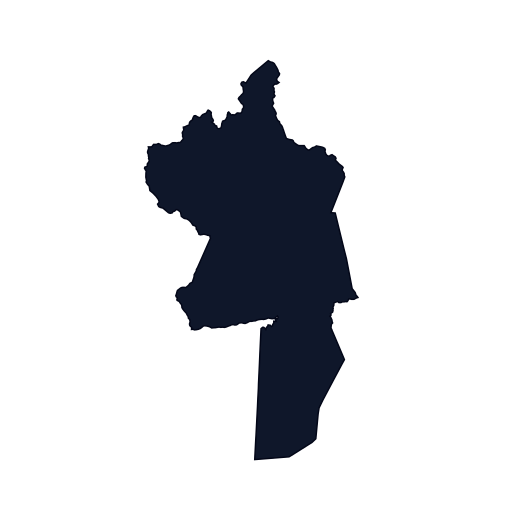 Codó, Maranhão, Brazil, rotated 123°
{"feature_id": "56859067B76723264051142", "entity_name": "Codó", "entity_type": "district", "adm_level": 2, "iso_a3": "BRA", "parent_name": "Brazil", "parent_adm1": "Maranhão", "projection": "mercator", "projection_center": [-43.953, -4.619], "detail": "fine", "context": "isolated", "style": "filled", "palette": "ink", "viewbox_px": 512, "rotation_deg": 123, "n_neighbors": 0, "source": "geoboundaries", "source_scale": "gbopen_adm2", "svg_char_len": 6046}
<svg xmlns="http://www.w3.org/2000/svg" viewBox="0 0 512 512"><g transform="rotate(123 256 256)"><path d="M406.4,118.9L402.0,116.8L387.0,109.9L381.8,107.5L376.7,106.3L354.4,118.0L349.0,120.4L340.1,121.5L318.9,123.4L299.1,125.1L294.8,125.4L294.0,126.5L277.8,150.5L277.1,151.6L276.4,152.4L275.7,153.8L273.5,155.0L271.9,155.6L270.4,155.3L269.7,156.3L268.2,157.6L267.4,158.9L266.6,160.1L266.3,161.2L264.6,160.9L263.7,162.1L261.4,161.2L259.8,161.7L258.9,162.4L257.9,162.7L257.0,163.7L255.2,163.8L254.1,164.4L253.0,165.1L251.5,164.2L249.7,162.8L249.9,161.1L248.8,159.4L247.4,158.6L246.6,157.3L245.4,156.0L244.8,154.8L243.7,154.6L242.6,154.7L241.1,154.6L240.3,152.3L238.9,150.2L237.9,149.7L236.3,148.8L235.3,147.9L234.7,149.2L234.6,150.2L234.1,151.2L233.2,152.2L232.6,153.0L232.1,154.4L231.4,156.4L231.1,157.5L219.0,169.1L209.0,178.7L201.6,186.7L187.1,202.1L176.8,213.0L178.9,216.8L152.3,222.2L146.5,223.4L141.3,224.6L140.3,226.0L138.8,227.0L138.0,228.4L137.6,229.7L136.8,230.7L134.3,231.2L133.9,232.3L133.6,236.5L133.0,238.7L132.6,240.7L132.3,241.7L130.5,242.1L129.7,243.5L129.7,246.0L129.6,247.4L131.0,248.5L132.3,248.8L132.8,249.7L133.0,251.4L132.4,253.0L130.6,255.3L129.2,255.7L128.3,257.0L128.5,259.2L129.0,260.7L130.8,265.3L132.8,266.2L134.3,267.6L135.9,268.2L137.8,268.9L138.6,269.6L138.7,271.3L138.4,273.1L137.6,274.7L137.2,275.7L138.9,278.4L139.9,279.9L140.3,281.1L140.3,282.3L140.2,284.6L140.2,286.0L139.1,287.5L138.9,288.7L140.2,291.8L140.9,294.5L140.1,295.6L138.9,297.2L137.2,299.4L136.4,300.4L135.3,301.7L134.7,302.6L133.7,303.8L132.8,305.2L132.4,306.5L132.2,307.6L131.6,308.6L130.6,309.5L130.5,311.5L129.9,312.8L129.1,314.1L127.6,316.2L125.8,316.5L124.7,317.6L124.3,318.8L123.5,319.6L121.5,324.2L118.3,324.4L117.4,325.7L116.3,326.9L114.3,328.1L113.3,327.3L111.3,327.3L110.8,328.5L110.2,329.3L108.3,329.9L107.5,331.0L106.7,331.5L105.5,332.2L105.1,333.3L104.7,334.3L102.8,334.2L101.6,333.9L100.8,332.6L99.7,331.8L97.9,331.2L97.9,333.1L97.1,334.6L95.6,335.3L91.4,335.1L90.2,335.6L89.7,336.8L89.3,337.8L88.3,338.6L86.6,341.5L85.6,343.7L84.8,345.2L84.6,346.3L84.7,347.8L85.4,349.6L85.5,352.1L103.2,357.6L106.9,358.6L116.4,358.6L116.6,360.2L116.8,361.6L118.1,362.6L119.8,362.4L120.6,361.6L121.3,359.0L122.4,358.1L123.4,357.3L124.1,356.6L124.9,356.0L126.0,355.5L127.3,355.5L128.5,355.9L130.3,356.1L132.3,356.6L133.8,356.4L135.2,352.9L136.0,351.1L135.8,349.9L136.9,348.1L138.9,347.1L140.3,347.4L142.5,346.3L144.7,346.6L145.6,348.5L146.3,349.7L147.6,350.0L148.5,350.4L149.7,351.0L150.0,352.3L151.3,353.6L150.7,355.1L150.5,356.3L150.1,357.3L151.1,357.7L152.0,357.3L153.5,356.9L154.4,356.2L155.8,355.9L157.5,355.7L158.8,355.7L159.9,356.5L161.1,357.4L163.8,356.7L165.1,356.0L167.5,355.1L169.0,356.0L169.7,356.8L170.0,357.9L169.4,358.8L168.4,359.9L168.9,361.4L168.1,362.6L168.0,363.8L168.1,364.9L167.9,366.1L166.9,365.3L165.7,365.5L164.9,366.5L164.5,367.6L163.9,368.8L162.9,369.5L162.0,370.6L161.1,371.1L160.1,371.6L159.7,372.6L159.5,373.9L159.7,375.6L160.8,375.7L162.1,375.6L163.2,375.5L164.5,376.4L166.4,377.7L168.3,378.1L170.0,378.0L170.9,379.2L171.2,381.2L171.2,383.0L172.0,384.2L173.7,384.2L175.2,383.9L176.7,383.5L178.1,384.2L179.6,384.5L180.7,384.3L182.6,383.4L183.8,384.4L185.2,385.3L186.3,385.9L187.5,387.1L188.4,386.4L189.3,385.4L190.6,385.1L192.5,385.1L193.5,384.4L194.1,383.6L195.6,382.8L196.8,381.0L198.5,380.8L199.6,381.1L200.9,381.1L202.2,381.5L203.2,383.0L204.3,383.9L205.0,385.5L206.4,387.5L207.6,388.2L208.9,388.5L210.2,389.2L211.1,390.0L213.0,391.6L213.7,393.3L214.2,394.8L214.8,395.8L214.6,397.6L214.9,399.1L216.7,400.3L218.1,402.6L219.4,402.8L221.1,402.8L222.2,404.2L223.1,405.7L223.9,404.9L224.9,404.4L226.1,404.2L227.9,403.6L228.6,402.9L229.5,401.5L230.8,400.6L231.8,399.5L232.9,399.1L233.5,398.0L234.7,397.2L238.0,397.3L239.9,396.1L240.9,396.7L242.0,397.6L243.1,397.3L244.0,395.7L244.4,394.4L246.3,393.5L249.9,391.3L252.6,388.7L253.8,388.5L255.0,385.9L255.6,383.6L257.9,381.5L258.9,380.6L259.3,376.9L260.3,372.5L261.6,369.0L263.0,367.0L264.0,366.5L266.1,366.8L267.5,364.5L267.4,362.8L266.5,360.1L267.0,356.1L267.4,352.9L266.9,351.2L265.5,349.8L264.3,349.9L262.6,348.7L260.6,348.2L260.0,347.3L260.1,344.0L260.6,342.9L263.4,340.2L263.6,337.3L263.4,336.2L262.6,334.4L262.5,333.0L262.5,331.7L262.7,330.6L263.1,328.9L263.5,327.9L264.0,326.8L264.5,325.6L264.0,324.0L264.0,322.5L264.7,321.6L265.9,320.8L266.4,319.2L267.3,317.9L267.9,316.7L268.9,315.6L268.5,314.1L266.1,311.6L265.2,309.2L265.0,308.0L264.1,305.8L265.2,304.8L266.0,303.8L297.7,298.7L299.8,298.6L301.2,297.9L305.3,297.7L306.6,296.9L308.1,296.3L310.9,295.6L312.6,295.1L315.0,296.5L317.3,296.6L320.6,297.6L321.4,299.1L322.2,300.4L323.2,301.4L324.2,301.9L326.5,302.7L327.6,303.1L328.6,302.9L331.0,302.1L333.0,301.6L333.7,300.6L333.8,299.2L335.5,298.7L336.2,298.0L335.9,295.7L336.9,293.5L337.3,292.0L338.4,290.9L339.6,290.0L340.3,288.6L341.0,286.7L341.3,285.7L341.9,283.3L342.9,281.7L343.7,279.9L345.0,278.8L345.4,276.8L346.3,276.2L347.0,275.4L348.9,274.9L349.9,274.2L350.5,273.4L350.9,271.1L352.7,270.1L351.8,269.0L351.5,267.4L350.3,265.9L348.8,264.4L347.1,263.2L345.1,262.5L343.6,262.1L342.7,261.4L341.7,259.6L341.2,258.3L340.7,256.7L340.5,255.2L340.5,254.0L339.5,252.8L338.3,251.1L337.1,249.8L335.7,248.3L335.1,246.8L333.9,245.3L333.0,243.5L331.7,242.3L330.7,241.6L329.4,240.7L328.4,239.8L327.2,239.2L326.2,238.1L325.7,237.1L325.4,236.1L324.3,234.8L323.0,234.2L321.9,233.9L321.1,233.3L319.9,231.8L319.5,230.8L319.2,229.8L318.5,228.4L316.9,227.2L316.0,226.7L314.9,226.2L313.9,225.3L313.1,224.0L312.2,223.1L311.5,222.3L310.7,221.2L309.6,220.5L308.5,219.7L307.1,218.2L305.7,216.4L305.1,215.1L303.4,213.4L301.3,212.0L299.9,208.4L298.3,206.4L296.5,205.9L294.7,205.4L295.3,204.0L297.0,203.8L297.6,204.9L298.7,205.1L299.8,203.4L301.0,205.6L302.3,204.7L304.7,204.6L305.7,204.0L306.7,204.5L306.3,206.3L307.2,208.3L308.4,208.0L310.3,208.3L312.3,207.8L311.6,210.3L311.9,211.4L313.1,211.9L314.2,212.2L338.1,198.2L346.4,193.3L361.8,184.3L365.9,181.8L376.1,175.9L381.7,172.6L407.1,157.9L410.3,156.1L427.4,146.2L406.4,118.9Z" fill="#0f172a" stroke="#020617" stroke-width="1.5"/></g></svg>